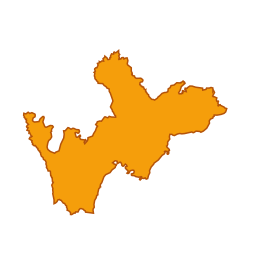 Kubake, Maseru, Lesotho, rotated 80°
{"feature_id": "5366337B67565393962303", "entity_name": "Kubake", "entity_type": "district", "adm_level": 2, "iso_a3": "LSO", "parent_name": "Lesotho", "parent_adm1": "Maseru", "projection": "orthographic", "projection_center": [27.695, -29.673], "detail": "fine", "context": "isolated", "style": "filled", "palette": "amber", "viewbox_px": 256, "rotation_deg": 80, "n_neighbors": 0, "source": "geoboundaries", "source_scale": "gbopen_adm2", "svg_char_len": 5909}
<svg xmlns="http://www.w3.org/2000/svg" viewBox="0 0 256 256"><g transform="rotate(80 128 128)"><path d="M198.5,202.2L199.0,201.0L201.2,199.3L203.2,199.6L203.5,198.5L202.4,195.8L202.7,194.9L201.6,194.2L202.0,191.8L199.9,190.3L199.1,189.1L199.3,187.9L200.4,186.0L201.5,185.5L202.2,184.5L203.5,184.4L205.9,176.8L202.8,176.7L201.6,176.3L200.2,175.0L197.4,174.8L193.5,173.4L191.3,171.5L189.0,170.5L188.6,169.3L186.7,169.0L182.7,167.3L182.0,166.2L181.3,166.0L181.2,165.2L179.7,165.3L178.5,164.7L177.4,163.4L171.9,160.2L170.1,158.1L168.8,153.4L166.5,151.0L164.7,147.5L163.2,146.8L162.8,146.1L161.8,146.2L161.2,147.9L160.3,148.2L159.6,149.2L158.2,146.9L158.1,146.0L158.9,144.4L161.3,144.8L160.2,141.9L160.4,141.3L162.1,140.5L163.9,140.5L164.8,139.6L164.7,138.9L163.1,136.9L164.4,135.8L165.5,135.6L165.8,137.2L166.9,137.6L168.8,136.6L169.8,135.5L171.1,135.5L172.3,136.9L172.7,136.4L172.8,135.2L170.4,133.1L170.3,130.6L170.7,129.7L171.9,129.4L173.6,130.3L173.8,132.6L174.9,132.8L175.4,132.5L176.1,130.0L177.2,128.8L178.3,126.0L178.4,124.3L178.1,123.6L178.4,123.1L179.0,123.3L180.1,125.4L180.5,125.6L181.3,125.1L179.8,122.8L180.5,121.1L180.1,119.8L181.5,119.0L181.2,117.4L178.0,115.9L175.9,114.3L173.7,114.2L170.5,112.0L168.1,109.0L167.1,108.4L164.8,103.7L160.8,99.1L159.8,96.7L158.2,95.6L157.5,96.1L157.3,95.8L157.3,94.7L157.8,94.1L159.1,93.5L160.0,94.0L160.7,93.7L160.7,92.9L160.1,92.3L158.7,92.0L157.9,92.6L157.3,91.1L156.2,91.1L153.5,93.0L152.5,93.1L152.4,92.6L151.0,91.7L148.6,91.4L146.2,88.8L143.9,88.8L141.5,87.9L141.9,85.8L142.9,85.0L143.5,83.6L142.5,80.3L142.4,78.0L143.1,76.0L143.3,73.2L143.0,65.8L143.9,64.8L144.0,64.2L142.9,61.5L143.9,57.9L144.8,57.0L144.6,56.0L144.1,54.3L141.9,50.5L137.4,46.9L135.2,46.8L133.6,45.3L133.0,42.8L131.7,42.1L131.5,41.2L130.2,40.9L130.8,38.0L130.8,34.0L130.3,30.9L129.1,29.0L126.0,27.4L125.0,29.3L124.1,29.7L121.6,33.2L121.1,33.2L121.1,34.2L121.9,35.0L121.6,35.5L120.4,34.9L119.1,35.2L117.5,34.3L117.1,34.5L117.2,35.8L116.7,36.0L115.1,36.0L113.8,35.3L112.0,37.9L112.0,38.6L111.2,39.1L108.0,36.6L105.7,37.3L106.6,38.0L103.3,37.5L102.5,39.2L102.8,41.0L102.3,43.7L103.5,44.5L103.7,47.8L101.7,47.6L99.6,54.2L97.9,57.5L97.4,59.8L98.6,62.4L99.2,62.9L98.7,64.8L99.8,65.3L100.6,64.3L102.3,64.3L100.7,67.7L100.9,68.0L102.1,67.4L102.3,68.4L103.4,68.3L103.2,69.7L103.6,69.9L103.2,71.7L102.1,72.0L99.9,70.1L96.5,68.3L94.2,64.5L94.0,64.9L93.2,64.2L92.8,64.3L92.4,64.6L92.6,64.9L91.3,65.6L92.7,67.9L92.3,68.0L92.6,69.2L91.9,72.1L93.7,75.2L93.7,78.3L95.6,79.5L96.4,81.6L99.1,82.4L99.6,84.2L99.4,85.9L99.8,88.4L102.2,91.8L102.3,92.6L103.7,93.9L105.1,96.9L104.3,98.1L103.9,99.7L100.4,102.0L98.7,102.0L97.8,103.1L97.0,103.1L96.2,103.8L95.7,103.7L95.2,104.3L93.6,103.9L93.8,104.2L92.4,105.0L92.4,105.3L90.3,105.6L90.1,106.8L89.5,106.8L89.1,107.7L87.9,108.1L87.4,108.9L85.4,108.3L85.0,107.5L85.0,106.0L84.0,105.1L82.9,105.1L81.2,106.7L80.5,111.3L79.4,112.4L77.9,112.6L77.3,114.2L76.3,114.9L75.9,114.5L75.4,114.9L74.8,114.3L72.6,114.9L69.2,114.3L65.9,117.3L64.7,117.6L61.6,116.4L58.8,116.7L58.7,118.0L59.3,120.0L57.9,120.2L57.7,121.0L57.7,122.0L58.8,123.0L58.9,125.1L58.5,125.2L57.8,124.2L55.3,124.6L54.2,123.4L52.8,124.2L50.1,123.8L51.7,126.6L51.7,127.4L50.8,128.3L51.0,128.9L52.6,129.2L52.7,129.6L52.1,131.3L54.0,132.7L55.4,132.8L55.5,133.6L56.9,133.9L57.2,135.0L57.0,136.1L55.5,136.4L53.2,138.3L54.2,138.6L55.4,140.6L57.9,140.4L57.4,142.0L58.2,143.5L57.5,144.7L58.5,144.7L58.8,145.0L59.1,146.9L60.8,146.5L63.3,148.2L63.1,149.2L63.9,150.5L64.6,150.7L66.4,150.3L67.3,151.8L68.1,151.1L70.9,152.1L72.2,151.7L73.0,152.0L74.6,151.6L75.0,150.9L76.1,150.7L77.3,149.7L78.8,149.7L79.9,145.2L82.0,144.1L83.5,142.4L84.9,141.9L86.3,139.8L88.8,140.1L90.5,139.4L98.0,138.2L99.1,138.3L104.1,141.6L104.7,141.5L107.4,140.4L108.8,140.4L110.2,139.6L113.0,138.9L113.7,138.2L115.2,138.3L114.3,142.4L113.3,144.5L114.4,146.0L114.3,146.5L113.0,148.6L113.1,149.2L116.7,153.0L116.2,154.5L116.5,157.1L118.1,158.1L118.8,159.2L120.1,158.6L120.8,157.7L121.3,157.8L121.9,158.8L125.0,160.5L127.6,162.9L129.8,164.3L130.6,169.1L132.4,169.5L133.6,170.3L136.0,173.3L134.4,173.7L133.4,172.9L133.1,171.7L132.5,171.6L132.0,172.0L132.3,172.6L130.9,176.8L128.5,177.3L127.9,176.2L126.9,176.2L126.7,176.6L128.3,179.2L128.1,180.3L127.4,180.7L123.6,181.0L123.3,180.4L123.7,179.2L124.5,178.2L124.3,177.3L122.8,176.3L121.2,176.7L120.5,179.3L118.9,181.5L118.7,182.7L119.2,183.8L119.1,184.6L117.5,186.3L117.2,187.1L119.8,190.3L119.6,191.9L122.9,191.9L126.6,193.0L132.2,197.0L138.5,199.9L139.3,203.5L140.1,204.6L137.8,208.4L135.2,210.7L132.6,211.0L128.6,209.5L126.6,208.3L125.5,206.4L123.5,204.7L120.1,204.6L119.0,205.0L118.0,203.8L117.6,204.0L115.6,203.2L114.0,201.4L113.2,201.7L112.6,202.1L112.0,204.2L113.0,208.1L112.9,208.9L112.2,209.7L107.2,210.8L103.3,208.8L102.1,209.0L101.9,210.0L103.7,212.9L106.2,214.6L105.9,219.2L104.5,220.6L103.6,220.7L101.6,219.6L100.8,217.6L99.1,217.1L98.1,217.3L96.2,220.0L96.6,222.2L95.1,223.6L96.4,226.1L95.4,228.0L97.4,228.6L98.9,228.1L99.6,228.4L100.1,227.8L101.4,227.5L101.7,226.6L102.2,227.1L103.1,226.6L104.4,227.3L107.2,225.4L107.9,226.8L109.1,227.7L109.9,227.4L110.4,226.4L112.7,227.9L113.7,225.9L115.8,226.4L115.6,225.7L118.7,224.8L119.5,224.0L120.0,224.6L120.0,226.0L121.5,227.2L123.9,224.7L125.0,225.2L126.9,224.5L127.6,224.9L129.3,223.4L129.1,222.5L130.6,221.5L131.3,221.5L132.5,220.3L133.2,220.5L134.9,219.9L135.4,218.9L136.2,219.1L137.3,218.3L138.2,218.6L140.8,218.2L142.3,216.8L144.2,216.7L145.5,215.2L147.1,214.7L148.2,214.6L149.1,215.1L151.2,214.7L152.8,215.2L154.1,214.5L156.5,214.1L156.7,212.5L157.3,212.0L161.6,212.4L162.0,211.9L163.6,211.8L163.9,211.3L167.4,211.7L168.2,211.5L168.5,211.0L171.0,213.0L174.9,212.5L175.6,212.9L178.5,213.0L179.5,213.5L185.9,213.3L189.7,214.0L189.3,212.4L188.2,210.7L186.6,209.5L186.5,207.8L187.3,207.3L187.6,206.4L190.7,204.8L191.3,203.5L193.1,202.9L194.1,202.0L195.3,202.3L196.9,201.8L198.5,202.2Z" fill="#f59e0b" stroke="#b45309" stroke-width="1.5"/></g></svg>